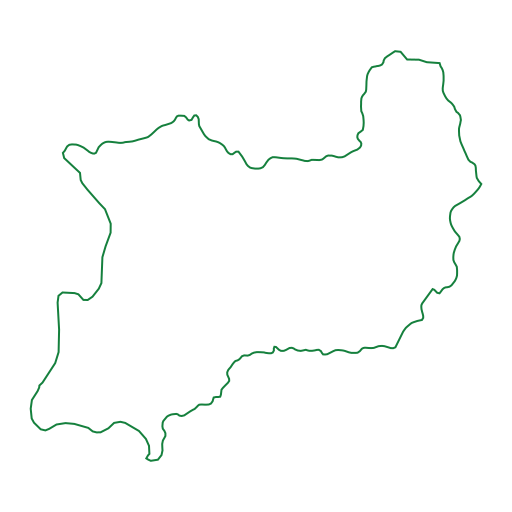 the district of Chuarrancho, Guatemala
{"feature_id": "79465075B45501962231680", "entity_name": "Chuarrancho", "entity_type": "district", "adm_level": 2, "iso_a3": "GTM", "parent_name": "Guatemala", "parent_adm1": "", "projection": "robinson", "projection_center": [-90.462, 14.853], "detail": "fine", "context": "isolated", "style": "outline", "palette": "green", "viewbox_px": 512, "rotation_deg": 0, "n_neighbors": 0, "source": "geoboundaries", "source_scale": "gbopen_adm2", "svg_char_len": 6028}
<svg xmlns="http://www.w3.org/2000/svg" viewBox="0 0 512 512"><path d="M190.3,411.3L193.1,409.7L194.6,409.0L196.8,406.9L197.9,405.7L199.2,404.7L201.4,404.5L205.7,404.7L208.8,404.5L210.9,403.6L212.6,401.3L213.2,399.1L213.7,397.5L216.0,397.0L218.3,397.0L220.2,396.7L220.9,394.7L221.5,389.7L222.9,387.9L225.3,385.4L227.9,382.8L229.2,380.9L229.1,378.8L227.3,374.7L227.2,372.4L228.1,370.2L229.0,369.0L230.6,367.2L232.5,364.3L234.0,362.4L235.4,361.0L237.5,360.4L238.9,359.6L240.1,358.5L242.0,356.2L244.2,355.4L246.1,355.5L247.6,355.6L249.7,355.0L251.9,353.5L254.1,352.6L257.0,352.1L260.5,352.2L264.0,352.4L265.4,352.8L268.2,353.2L269.8,353.3L271.3,353.2L272.8,352.5L273.9,350.5L273.8,348.6L274.4,346.8L276.0,347.0L279.0,349.8L280.8,350.8L282.4,350.9L283.9,350.8L286.1,349.9L289.5,348.0L291.8,347.8L293.6,348.4L295.0,349.4L297.7,350.5L300.7,350.9L302.8,350.5L305.8,349.8L307.6,350.4L309.3,350.8L312.1,350.8L314.8,350.4L316.9,349.9L318.8,349.8L320.9,351.1L321.9,352.9L323.1,354.4L325.1,354.5L327.3,354.2L333.4,351.1L335.5,350.2L338.2,350.0L341.6,350.3L343.1,350.5L344.8,350.9L348.8,352.3L351.5,352.9L355.6,352.9L357.6,352.7L359.9,351.1L361.8,348.8L363.3,348.0L364.9,347.7L366.4,347.8L368.7,348.0L371.3,348.1L373.8,347.9L376.0,347.1L378.5,346.2L380.3,346.0L382.1,345.9L384.5,346.2L388.2,347.3L390.7,348.1L393.2,348.2L395.4,347.3L403.1,331.7L404.1,330.2L405.8,327.9L407.2,326.6L410.4,323.9L411.6,323.0L413.6,322.2L415.4,321.6L417.2,321.0L419.4,320.5L421.9,320.0L423.2,317.9L423.2,316.0L422.7,313.8L422.2,312.1L421.5,309.2L421.3,306.9L421.4,305.2L422.2,303.4L432.6,289.1L434.3,289.8L437.2,292.8L439.5,293.3L440.7,291.8L442.6,289.2L444.1,288.0L445.5,287.4L447.4,287.2L449.5,286.7L451.5,285.3L453.7,282.5L454.8,281.1L455.8,279.2L456.4,277.8L457.0,275.6L457.1,273.4L457.1,270.3L456.8,266.8L455.8,264.9L454.2,262.2L453.4,260.0L453.3,257.2L453.5,254.6L453.8,252.8L454.8,249.6L456.1,246.4L457.0,244.9L457.8,243.6L459.4,240.9L459.8,239.0L459.4,236.9L458.5,235.7L455.4,232.1L454.5,230.9L452.8,228.0L451.8,226.1L451.1,224.5L450.6,222.8L450.1,220.4L449.9,218.4L450.0,216.2L450.5,212.6L451.1,210.9L452.3,209.0L453.6,207.3L455.2,205.9L459.8,203.3L463.0,201.4L465.0,200.2L466.9,198.9L468.3,198.0L470.6,196.7L472.1,195.6L473.9,193.9L475.2,192.5L477.5,189.9L478.7,188.4L479.7,186.9L481.3,184.0L478.8,181.2L477.8,179.6L476.8,177.9L476.5,176.3L475.9,170.5L475.8,167.8L475.4,165.6L474.5,164.2L471.9,162.4L470.4,161.8L468.4,159.7L466.7,156.0L465.7,153.6L464.4,150.8L463.5,148.6L461.5,144.1L460.4,141.3L459.2,135.5L459.0,131.3L459.0,128.7L459.3,127.1L460.2,123.7L460.5,121.9L460.9,120.0L460.4,116.9L460.0,115.3L458.0,112.9L456.5,111.9L455.0,109.2L454.2,106.7L453.1,105.1L452.0,103.7L450.9,102.6L448.2,100.5L446.5,98.5L445.1,96.2L443.4,92.7L442.8,90.8L442.7,88.5L442.9,86.5L443.2,84.4L443.6,80.7L443.6,76.1L443.3,72.4L442.7,70.2L441.8,68.2L440.6,66.4L439.6,63.1L426.8,62.2L419.0,59.7L407.1,59.5L400.6,51.8L395.1,51.2L393.2,52.4L389.2,55.1L387.3,56.3L384.9,58.2L383.7,60.5L383.4,62.3L382.0,64.5L380.3,65.4L378.6,65.9L376.9,66.1L375.3,66.5L373.9,66.7L371.8,67.3L369.7,70.2L368.7,71.9L367.6,74.2L367.1,76.0L366.8,78.6L366.5,81.3L366.4,85.0L366.2,89.6L365.8,91.7L364.1,94.0L363.0,95.2L362.0,96.8L361.4,98.4L361.1,101.6L361.1,103.8L361.0,106.5L361.3,111.2L362.3,113.3L363.2,116.1L363.4,118.1L363.6,120.3L363.7,122.8L363.5,126.1L362.8,129.9L360.7,131.6L358.4,133.2L357.5,135.2L357.3,137.1L357.8,138.8L359.5,140.9L360.6,141.9L361.3,143.5L361.1,145.6L360.0,147.5L357.3,149.6L354.4,150.7L352.5,151.5L350.8,152.4L344.6,156.4L342.2,157.2L340.8,157.3L338.1,157.3L335.7,156.7L334.2,156.2L331.8,155.6L329.7,155.6L328.3,155.5L326.3,156.2L324.6,157.6L323.3,158.7L321.9,159.6L319.3,160.1L317.0,160.0L314.3,159.9L311.5,159.9L309.4,160.7L307.8,161.1L306.2,161.0L304.7,160.9L303.0,160.4L301.3,160.0L296.7,158.8L294.9,158.6L291.8,158.4L287.2,158.4L283.1,158.2L280.4,157.9L276.1,157.3L274.2,157.2L272.6,157.2L270.5,158.2L268.5,159.7L267.5,161.0L266.3,162.6L264.8,165.0L262.9,167.2L260.4,168.3L258.3,168.6L255.1,168.6L251.8,168.1L250.1,167.6L247.9,165.9L246.5,164.2L245.1,161.6L243.6,159.0L242.1,156.5L238.5,151.7L236.1,151.7L234.7,152.6L232.6,154.2L230.5,154.2L228.4,152.9L227.0,151.3L225.9,149.4L224.9,147.5L223.8,146.0L222.3,144.7L220.1,143.2L218.4,142.3L216.1,141.5L213.8,141.0L211.8,140.5L208.7,139.2L206.3,137.0L205.2,135.9L203.9,134.1L202.0,130.8L199.3,126.1L198.9,124.2L198.7,119.2L197.8,116.9L196.2,115.3L194.3,115.5L193.0,117.3L191.5,119.9L189.1,120.5L187.7,119.6L186.1,117.4L184.3,115.9L181.3,115.7L178.4,115.7L176.9,116.4L175.9,117.9L174.9,119.8L173.7,121.3L172.4,122.3L171.1,123.1L168.4,124.0L165.3,125.0L163.2,125.5L161.6,126.1L160.1,127.0L158.6,127.9L156.6,129.5L153.9,132.1L151.3,134.5L148.2,136.9L146.7,137.5L143.8,138.3L138.6,139.6L135.1,140.7L132.4,141.4L129.0,141.8L125.2,142.1L123.0,142.7L120.5,142.9L118.7,142.8L115.9,142.4L111.2,141.9L108.4,141.7L106.2,141.9L104.6,142.4L102.4,143.6L100.9,144.9L98.7,147.2L97.6,149.5L96.0,152.8L94.3,153.6L92.8,153.5L90.9,152.8L89.2,151.9L87.9,150.8L83.6,147.6L80.5,146.1L78.0,145.1L76.1,144.6L74.0,144.5L72.0,144.4L69.3,144.8L67.2,146.4L66.3,147.9L64.8,150.7L62.9,152.9L64.2,158.1L80.0,172.9L80.7,180.0L82.3,183.2L87.4,189.6L99.2,203.1L105.0,209.2L110.7,223.7L110.6,232.7L105.6,246.3L102.4,257.2L101.4,283.1L98.8,288.7L92.5,296.7L87.7,300.0L83.4,299.9L78.4,294.3L74.6,293.1L62.5,292.5L58.5,295.8L57.6,302.6L59.1,329.7L58.6,352.1L55.2,363.1L42.5,382.6L39.4,385.5L39.2,387.5L37.6,391.1L31.9,400.0L30.7,408.7L31.7,418.5L34.0,422.7L40.7,429.3L45.4,430.4L49.1,428.9L56.5,424.5L65.5,423.1L74.3,423.9L88.3,427.9L92.7,431.4L96.6,432.4L100.6,432.3L108.4,428.3L114.1,422.9L120.4,421.8L125.2,422.9L139.0,431.0L145.9,438.9L149.0,445.8L149.4,453.9L148.0,455.4L146.3,458.4L148.2,459.6L150.8,460.8L157.9,459.7L161.5,455.1L162.5,450.5L162.3,447.0L162.2,444.0L162.9,440.5L164.1,438.4L165.4,436.0L165.4,433.2L164.4,430.9L162.8,428.7L162.4,426.3L162.7,422.6L163.4,420.9L166.9,416.7L168.4,415.7L171.0,414.6L172.5,414.3L176.3,413.9L177.7,414.3L179.4,415.6L181.6,416.0L184.2,415.4L190.3,411.3Z" fill="none" stroke="#15803d" stroke-width="2"/></svg>